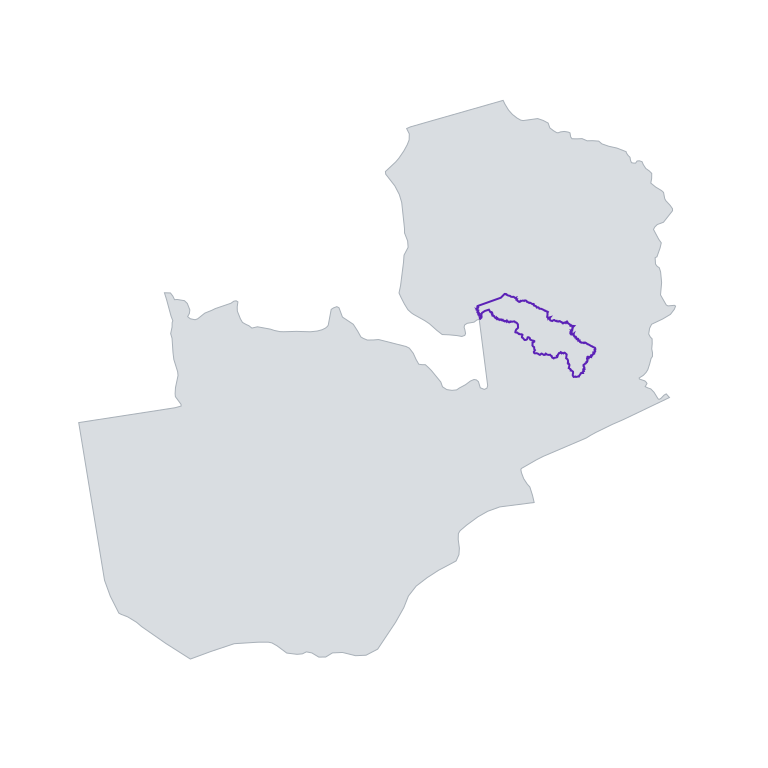 location of Lavushimanda, Muchinga, Zambia, rotated 353°
{"feature_id": "96606910B97886687400536", "entity_name": "Lavushimanda", "entity_type": "district", "adm_level": 2, "iso_a3": "ZMB", "parent_name": "Zambia", "parent_adm1": "Muchinga", "projection": "orthographic", "projection_center": [31.015, -12.593], "detail": "fine", "context": "in_parent", "style": "outline", "palette": "violet", "viewbox_px": 768, "rotation_deg": 353, "n_neighbors": 0, "source": "geoboundaries", "source_scale": "gbopen_adm2", "svg_char_len": 9751}
<svg xmlns="http://www.w3.org/2000/svg" viewBox="0 0 768 768"><g transform="rotate(353 384 384)"><path d="M518.6,519.9L483.9,520.1L471.3,523.0L461.0,527.3L448.7,534.2L441.6,538.9L439.6,541.5L438.7,547.3L438.8,556.1L437.6,562.5L434.0,568.4L415.3,575.6L403.2,581.5L391.3,588.5L382.4,597.4L376.4,608.4L366.4,622.0L345.4,646.4L333.1,651.0L322.7,650.2L310.1,645.4L300.1,644.6L292.8,647.9L286.0,647.1L279.6,642.1L274.3,640.4L270.1,641.9L264.7,641.7L254.7,639.2L245.9,630.8L241.2,627.3L237.6,626.1L227.3,624.9L203.7,623.5L179.5,628.4L158.3,633.4L135.8,614.9L113.9,595.3L109.3,590.3L101.1,583.8L95.2,580.7L92.9,579.1L86.5,561.3L82.7,544.8L76.3,385.1L173.7,382.1L179.9,381.2L180.1,379.5L175.4,371.1L175.5,368.1L176.6,362.2L180.6,350.5L180.7,346.7L178.4,334.1L178.4,327.1L179.2,312.8L178.4,308.0L180.6,301.6L181.2,297.3L182.1,295.5L180.9,290.6L178.5,273.8L177.2,266.7L183.1,267.6L185.1,271.0L186.4,274.8L189.0,274.9L196.1,277.0L198.6,280.1L200.3,286.8L199.4,290.3L197.3,293.2L199.6,295.6L204.3,297.2L207.0,296.6L214.8,291.8L222.0,289.9L225.7,288.6L241.9,285.2L245.1,283.5L247.4,283.4L249.0,284.7L247.7,289.5L247.3,293.8L249.4,301.8L251.0,305.6L254.5,308.2L256.9,309.6L259.7,312.4L265.4,311.8L277.9,315.7L281.7,317.5L287.0,319.3L290.7,319.9L303.6,321.1L317.2,323.2L324.2,323.3L329.2,322.6L332.7,321.4L334.8,320.0L335.8,318.9L340.7,303.5L343.2,302.3L346.6,301.5L348.6,302.8L350.9,312.5L360.8,321.0L364.3,328.3L366.8,334.5L369.0,336.2L372.7,338.3L378.7,339.0L384.0,339.2L410.5,349.5L413.5,351.5L416.8,357.1L418.8,363.5L420.9,368.6L424.3,369.5L427.4,369.9L430.4,373.4L432.7,376.4L440.6,388.9L441.7,393.9L445.6,397.2L450.7,398.6L455.4,398.7L458.2,397.2L464.9,394.6L470.1,391.6L473.9,390.5L476.2,391.2L478.0,393.2L479.1,399.5L482.9,401.6L485.6,400.7L486.7,398.3L486.7,397.0L486.4,331.3L484.0,331.8L480.9,333.6L473.9,333.9L471.2,335.3L470.4,337.4L470.9,340.2L471.1,343.9L470.1,345.6L467.0,346.3L462.6,344.9L454.5,343.1L447.8,342.0L442.9,337.1L436.4,329.7L432.1,326.0L421.7,318.4L419.9,316.8L416.8,313.2L414.0,307.1L411.4,300.0L410.0,295.5L412.4,288.5L418.2,265.6L419.6,258.5L424.6,251.3L424.9,244.9L422.8,236.6L423.3,232.0L423.7,206.0L422.3,197.8L418.9,188.7L411.3,176.0L411.3,173.3L422.7,165.0L426.2,161.8L432.1,155.1L436.2,149.4L438.7,144.8L439.6,138.8L437.6,133.2L441.6,132.0L536.8,117.0L538.1,120.9L541.0,127.3L544.3,132.1L548.4,136.2L551.9,138.8L554.2,139.5L568.9,139.3L574.1,141.8L578.7,145.0L579.8,150.0L582.9,153.1L586.1,155.6L587.5,155.9L589.9,155.3L593.8,155.3L597.5,156.4L599.2,157.4L599.4,161.6L600.5,163.5L605.4,164.2L610.5,164.6L615.3,167.4L620.6,167.9L626.7,169.1L629.5,172.2L636.0,175.4L643.9,178.2L652.6,182.9L652.8,184.3L654.2,187.0L655.8,189.0L655.9,191.9L656.6,194.5L658.8,195.2L660.7,195.4L662.4,193.5L664.7,193.6L667.2,194.8L668.1,197.9L670.1,202.0L673.3,204.9L675.4,207.6L674.7,212.6L673.3,217.1L677.6,221.6L683.2,226.0L684.8,227.9L685.2,234.2L686.0,236.3L689.8,241.6L691.7,245.2L691.5,247.2L681.1,257.5L674.7,259.0L671.9,261.2L670.3,263.4L674.3,273.8L676.4,277.7L674.6,282.6L670.4,291.0L668.5,291.7L668.1,298.1L669.4,300.4L671.4,302.2L672.2,306.5L671.9,317.2L669.3,329.3L673.8,340.0L675.4,341.1L681.8,341.3L682.9,342.2L681.3,345.2L676.8,349.8L668.6,353.4L656.9,357.3L654.4,361.1L652.8,366.6L654.1,369.9L655.6,371.8L655.1,376.7L654.0,381.8L654.3,385.8L653.8,389.4L652.2,391.2L650.1,396.5L647.6,401.9L645.6,404.4L642.6,406.9L638.0,409.1L638.1,410.2L643.3,412.7L644.6,414.4L645.1,415.6L642.9,418.4L645.3,420.0L648.2,421.4L651.0,425.1L654.1,431.9L654.7,432.6L655.6,432.7L657.3,431.9L660.6,429.2L662.9,428.2L665.7,432.2L616.9,448.6L605.4,452.0L588.3,457.9L582.8,460.1L578.3,462.2L533.0,475.3L525.9,477.9L510.0,484.6L509.4,485.7L509.6,488.8L511.1,495.0L513.9,500.7L516.2,504.0L517.8,512.5L518.6,519.9Z" fill="#d9dde1" stroke="#a8b0b8" stroke-width="1"/><path d="M573.1,400.1L574.6,399.9L574.7,400.2L575.7,400.4L577.1,400.2L578.4,400.3L578.6,399.7L580.2,398.2L580.5,397.4L581.0,397.1L582.7,397.3L582.5,396.7L582.6,396.3L583.9,395.7L583.4,394.7L583.5,394.3L584.2,394.3L584.9,393.8L584.8,393.2L584.2,393.0L584.6,392.6L584.9,391.9L584.2,390.6L584.3,389.5L584.5,389.2L585.3,389.1L586.1,388.2L586.8,388.1L587.2,387.6L588.1,387.0L588.1,386.8L587.8,386.5L588.1,386.2L588.8,385.9L589.0,384.6L588.5,383.8L588.6,383.3L588.8,383.1L589.5,383.2L589.1,382.4L589.2,381.9L589.7,381.7L590.4,382.0L590.5,382.3L590.3,382.9L590.5,383.1L591.2,382.3L591.9,382.2L592.8,382.5L592.8,381.7L592.7,381.1L592.8,380.8L593.3,380.7L594.2,381.1L594.6,380.2L595.8,379.6L595.5,379.2L595.6,378.1L596.0,378.1L595.9,379.1L596.4,379.3L596.6,378.6L597.7,377.1L597.1,376.1L597.1,375.7L597.8,375.4L598.1,375.1L597.8,374.6L597.9,374.0L597.7,373.7L595.9,372.7L595.4,372.1L594.7,371.9L591.6,369.5L590.8,369.3L589.9,368.2L589.5,368.1L589.0,367.5L588.3,367.3L587.7,367.8L587.4,367.8L586.9,367.2L585.4,367.2L585.0,366.8L584.5,366.8L584.1,366.2L583.6,366.1L583.4,365.4L583.5,364.6L582.9,364.5L582.5,364.6L582.6,364.3L582.2,364.0L582.2,363.5L581.7,363.8L581.3,363.4L581.3,362.8L581.0,362.8L581.1,362.6L580.6,362.2L580.6,361.8L580.3,361.7L580.1,361.3L579.9,361.3L580.1,360.7L579.3,360.4L579.4,360.2L579.0,360.1L579.0,359.9L578.4,359.4L578.4,358.4L578.2,357.6L578.4,357.2L577.3,357.9L576.9,357.9L576.8,357.7L576.3,357.7L576.0,357.3L576.1,357.1L575.7,357.2L575.7,356.9L575.2,356.7L575.1,356.3L575.3,355.6L575.7,355.3L575.6,354.7L576.0,354.5L576.1,354.2L576.3,354.4L576.3,354.1L576.5,354.0L576.4,353.8L576.7,353.9L576.7,353.7L577.0,353.7L576.9,353.5L577.3,353.3L577.3,352.8L577.7,352.6L577.8,351.5L578.1,351.5L578.3,351.0L578.0,351.1L578.0,350.6L578.4,350.6L578.5,350.4L578.3,350.1L579.2,350.0L579.7,349.6L577.4,349.1L576.9,349.0L576.8,348.7L576.4,349.0L576.1,349.0L575.8,347.6L574.0,346.1L573.7,345.1L573.3,344.4L572.8,345.0L572.7,344.6L572.4,344.6L572.1,345.1L571.4,345.1L571.2,345.4L570.8,345.0L570.2,345.2L569.6,345.1L569.5,345.4L569.0,345.7L568.6,345.5L568.4,344.7L567.5,344.0L566.9,343.8L566.3,343.1L565.5,342.9L565.1,343.3L564.8,343.3L563.3,342.9L563.1,342.3L562.2,342.4L561.3,341.8L560.9,341.3L559.9,341.3L558.7,342.0L556.9,341.2L556.4,340.2L556.7,338.5L557.2,338.0L555.4,338.3L554.9,338.9L554.8,338.2L554.1,337.4L554.2,336.9L554.5,336.5L554.5,335.8L554.9,334.5L554.8,333.8L554.9,333.2L555.5,332.5L555.2,332.2L553.4,331.3L553.2,330.9L552.3,330.8L551.8,330.1L549.2,328.5L547.4,328.2L547.2,327.6L546.6,326.8L545.7,326.6L545.3,326.8L545.0,326.8L544.6,325.7L544.3,325.5L544.0,325.0L542.5,324.5L542.3,324.2L542.5,323.8L542.3,322.8L542.0,322.7L540.9,322.7L540.0,321.9L539.2,321.3L538.8,321.1L538.4,321.3L537.9,320.9L537.4,320.9L537.2,320.5L535.8,319.8L535.6,318.9L534.9,318.4L534.1,318.3L533.4,318.6L533.2,318.3L532.7,318.4L531.9,318.1L529.9,318.4L529.7,318.2L529.4,318.5L529.5,318.7L528.9,319.0L528.5,318.7L528.1,318.9L527.8,318.4L527.3,318.3L526.4,317.4L526.2,316.5L525.9,316.4L526.3,316.0L525.9,315.8L525.9,315.6L525.6,315.5L525.2,314.8L525.4,314.5L525.0,314.6L524.3,314.4L523.6,313.5L523.1,313.2L521.9,313.2L520.6,312.8L519.8,311.9L518.0,311.3L516.9,310.6L516.6,310.0L516.1,310.0L515.9,309.5L514.7,309.3L510.5,312.6L486.4,318.0L486.3,318.6L486.8,319.1L486.9,319.4L486.6,319.8L485.9,319.6L485.9,320.1L485.5,320.5L485.9,321.0L485.8,321.5L485.6,321.4L485.8,321.7L485.5,321.8L486.5,322.4L486.1,322.9L485.8,323.0L485.9,323.3L485.6,323.3L486.0,323.5L486.2,323.8L485.9,323.8L486.1,324.3L485.9,324.4L486.1,324.6L485.9,324.7L486.5,325.3L486.3,325.5L486.1,325.8L486.1,326.4L486.6,326.4L486.4,326.6L486.6,327.0L487.2,327.0L487.3,327.2L487.1,327.6L487.7,327.6L487.9,327.8L487.6,328.0L487.9,328.4L487.7,329.4L487.1,329.8L487.2,330.9L487.5,331.0L487.7,330.7L488.8,330.0L489.1,329.0L488.9,328.6L489.1,327.9L489.0,327.5L489.5,326.0L490.0,325.3L493.0,323.8L497.2,323.0L498.3,325.6L498.6,325.8L499.5,325.7L499.6,326.1L500.0,326.4L500.1,326.8L499.7,327.3L500.0,327.6L499.7,328.1L499.9,328.3L499.9,329.1L500.1,329.1L500.4,329.5L500.8,329.3L501.2,329.9L501.6,330.0L502.0,330.7L501.9,331.1L502.8,332.3L503.6,332.6L503.9,332.0L504.1,332.4L504.4,332.4L504.2,333.4L504.7,333.4L505.1,333.7L505.7,333.6L506.2,334.3L506.5,334.0L507.2,334.4L507.9,334.1L508.9,334.5L508.6,334.8L508.3,334.6L508.2,334.8L508.9,335.2L509.4,335.0L509.4,335.4L510.2,335.5L510.4,335.9L511.1,336.0L511.1,336.3L511.3,336.5L511.9,336.2L512.6,336.6L513.1,336.3L513.2,336.7L513.7,336.1L513.9,336.6L514.4,336.7L514.8,337.3L514.8,337.6L515.8,338.1L516.4,337.9L516.8,337.4L517.3,337.7L517.6,337.4L518.7,337.8L521.0,337.7L521.3,337.9L521.8,338.8L522.8,339.1L523.3,339.6L523.6,340.3L524.0,340.7L524.2,341.6L524.0,342.4L524.0,344.1L523.6,344.9L521.9,346.0L520.9,347.7L520.7,348.7L521.5,349.1L522.6,349.2L523.9,350.8L524.4,350.7L524.7,351.1L525.9,351.4L526.6,351.4L527.4,351.9L527.3,352.5L526.7,353.6L526.6,354.5L526.9,354.6L527.8,355.7L528.6,357.1L529.1,357.5L530.3,357.5L531.0,357.3L531.6,356.8L532.3,355.2L533.1,355.2L533.5,355.4L534.3,356.2L534.5,357.7L536.0,358.7L538.0,359.4L538.4,359.7L538.3,360.3L536.9,360.9L536.3,361.3L536.4,362.1L536.0,363.7L536.4,364.7L537.5,365.7L537.4,367.9L538.0,368.8L536.6,370.4L536.7,371.2L537.1,371.8L537.5,372.0L539.0,372.0L539.6,372.2L540.5,372.7L542.0,374.0L542.7,374.0L543.7,373.1L544.2,373.0L546.3,374.7L547.4,374.6L547.8,373.8L548.2,373.5L548.5,373.7L548.9,374.4L549.8,374.8L551.0,375.2L552.5,375.2L553.0,376.2L553.8,376.6L554.1,378.2L555.5,379.2L555.8,378.8L558.0,378.7L559.1,378.5L559.1,377.9L559.6,377.5L559.3,377.0L560.0,376.8L560.3,375.9L561.1,375.3L561.4,374.7L562.3,374.7L563.1,374.0L563.8,375.0L564.2,374.5L564.8,375.0L565.3,375.1L565.8,375.5L566.5,375.0L567.0,374.9L567.4,375.2L568.9,376.9L567.9,380.7L569.1,381.8L569.3,382.4L569.5,383.5L569.1,385.3L569.4,385.3L569.4,386.5L570.0,386.6L570.4,387.7L569.8,389.5L569.3,390.7L569.8,391.0L570.4,391.8L570.8,391.9L571.1,392.6L571.0,393.3L571.6,393.3L573.1,394.8L573.0,396.3L572.6,397.1L572.4,398.6L573.1,400.1Z" fill="none" stroke="#5b21b6" stroke-width="2"/></g></svg>